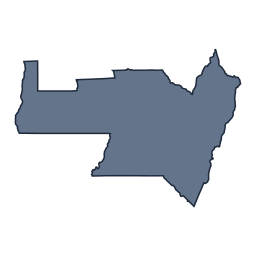 Ariquemes, Rondônia, Brazil (Equal Earth projection)
{"feature_id": "56859067B41513078802850", "entity_name": "Ariquemes", "entity_type": "district", "adm_level": 2, "iso_a3": "BRA", "parent_name": "Brazil", "parent_adm1": "Rondônia", "projection": "equal_earth", "projection_center": [-62.902, -9.979], "detail": "fine", "context": "isolated", "style": "filled", "palette": "slate", "viewbox_px": 256, "rotation_deg": 0, "n_neighbors": 0, "source": "geoboundaries", "source_scale": "gbopen_adm2", "svg_char_len": 5482}
<svg xmlns="http://www.w3.org/2000/svg" viewBox="0 0 256 256"><path d="M240.6,83.8L240.3,82.9L240.0,81.2L239.7,79.9L239.3,79.3L238.9,78.9L238.6,78.2L238.2,77.6L237.2,77.2L235.6,77.5L235.2,77.2L234.9,76.4L234.4,75.9L233.7,76.1L233.1,77.0L232.5,77.1L231.6,76.5L230.8,76.3L230.1,76.1L229.2,76.0L228.1,75.4L227.1,75.5L226.5,74.4L225.9,73.5L224.8,73.0L224.6,71.1L223.7,70.4L223.1,69.3L222.2,68.0L220.9,66.5L219.2,65.4L219.0,64.6L218.9,63.3L218.9,61.4L218.4,58.9L217.8,57.5L217.2,55.5L216.9,54.8L216.5,52.7L215.6,49.6L215.0,49.8L215.2,51.7L214.6,52.7L213.7,53.7L213.5,54.6L213.8,55.6L213.4,56.4L213.0,56.8L212.3,57.1L210.9,57.4L210.3,57.8L210.0,58.8L210.1,60.2L210.4,61.7L210.5,62.9L210.0,63.3L208.5,64.3L208.1,64.9L207.6,66.2L206.7,66.1L206.0,66.0L205.3,66.3L204.8,67.1L204.1,68.1L203.1,70.2L202.2,72.5L201.6,74.7L200.8,75.2L199.8,75.5L198.9,76.0L197.4,77.2L196.9,77.7L196.6,78.5L196.5,79.4L196.0,84.4L195.8,85.4L195.0,87.5L194.5,88.4L194.0,89.1L193.1,90.5L192.9,91.1L192.8,92.1L192.7,93.2L192.3,94.4L191.6,94.2L191.3,93.4L190.3,92.4L189.5,91.8L188.6,91.3L188.0,91.3L187.0,90.8L186.0,89.1L185.3,89.0L182.4,88.2L181.8,87.5L181.5,86.4L180.5,86.0L179.8,85.4L179.1,85.1L177.8,85.1L176.7,84.9L175.2,84.8L174.4,84.6L173.9,83.7L172.6,82.8L171.6,82.9L171.0,83.1L170.4,82.8L170.1,82.1L170.1,81.4L169.8,80.3L169.3,79.5L168.7,79.0L168.4,78.2L168.2,77.3L167.0,75.9L165.9,75.2L164.7,73.3L164.2,72.9L163.4,72.0L163.0,70.8L162.5,70.1L160.9,70.0L159.4,70.2L154.9,70.2L153.7,70.0L151.9,70.1L150.0,70.0L146.7,70.2L144.8,70.2L144.0,70.2L142.7,70.2L140.5,70.3L139.4,70.1L138.6,70.2L136.5,70.2L135.9,70.1L135.1,70.3L133.6,70.3L132.4,70.1L131.5,69.6L130.9,70.0L130.1,69.9L129.5,69.5L128.7,69.3L127.9,68.8L127.2,69.7L126.3,69.6L125.6,70.1L118.9,70.4L118.2,70.2L117.5,70.4L112.8,70.5L113.4,71.0L113.7,71.8L114.0,73.0L114.4,75.2L114.9,77.9L106.0,78.5L101.0,78.8L97.1,78.9L91.2,79.2L88.0,79.3L76.4,79.7L76.5,81.0L77.2,80.8L77.3,82.3L77.3,83.6L77.7,84.7L77.8,85.9L77.8,87.0L77.6,87.8L76.9,88.3L77.1,89.3L76.8,90.7L71.7,91.0L37.7,91.0L37.7,84.4L37.7,78.3L37.7,72.6L37.6,61.0L23.9,61.5L24.1,62.6L24.5,63.7L24.9,64.7L25.2,65.4L25.0,66.1L25.1,67.5L25.5,68.4L25.2,69.4L25.3,70.3L25.0,70.9L24.4,71.8L24.1,72.4L24.3,73.6L24.1,74.8L24.3,75.5L24.1,76.7L23.9,77.8L23.7,78.6L22.7,79.7L22.4,80.4L22.7,81.1L22.4,82.2L22.4,83.5L22.2,84.9L22.0,86.4L22.4,87.3L22.3,88.6L22.3,89.6L22.2,90.7L21.9,92.4L21.5,94.0L21.1,95.1L20.8,95.8L20.8,97.0L21.0,97.9L21.4,98.9L21.9,99.6L22.3,100.5L22.5,101.2L22.6,102.2L22.2,103.2L21.7,104.3L21.2,104.9L20.5,106.2L20.3,107.2L20.0,108.2L19.2,109.1L18.7,109.8L18.5,111.1L18.3,111.9L17.5,112.7L16.9,113.3L16.7,114.2L16.1,114.6L15.6,115.3L15.6,116.1L15.6,117.4L15.5,118.3L15.4,119.2L15.6,120.4L15.4,121.5L15.4,122.8L15.6,123.5L15.7,124.2L16.2,124.9L16.7,125.6L17.1,126.1L17.6,126.4L17.6,127.2L17.3,127.8L17.6,128.7L17.9,129.6L17.9,130.4L18.4,131.1L18.8,132.0L19.2,133.2L37.5,133.4L50.3,133.4L51.4,133.4L64.9,133.4L103.2,133.4L108.6,133.4L110.3,133.7L109.7,135.0L109.7,136.1L110.2,137.0L110.3,138.2L109.7,139.3L108.9,140.4L108.9,141.3L109.0,142.2L108.0,142.9L107.5,144.0L107.4,144.7L107.6,145.4L107.5,146.7L106.8,147.4L106.3,148.1L105.9,148.7L105.5,149.4L105.3,150.3L104.9,151.0L104.4,151.8L104.5,152.9L104.1,153.8L104.3,155.2L104.3,155.9L104.2,156.8L104.2,157.9L103.6,158.7L103.3,159.7L102.9,160.2L102.5,160.9L101.9,161.7L101.3,162.1L100.6,162.5L99.5,162.3L98.8,163.6L99.0,165.0L99.3,167.0L98.4,168.4L97.9,168.7L97.3,168.3L96.9,167.1L96.0,167.2L95.6,168.2L95.3,169.2L94.7,169.7L94.0,170.2L93.3,169.6L92.8,170.0L92.3,171.0L91.8,171.7L92.5,172.7L92.1,173.9L91.5,174.5L92.0,175.2L92.2,176.0L107.4,175.7L131.9,175.7L150.6,175.8L163.4,175.8L164.0,177.8L165.3,179.0L166.2,179.8L168.1,181.8L168.8,182.5L170.2,183.7L170.8,184.5L171.5,185.1L172.0,185.4L172.6,185.5L173.3,185.6L173.8,186.2L174.3,186.6L174.7,187.2L175.0,188.0L175.5,188.5L175.6,189.5L176.1,189.9L176.8,190.5L177.5,191.2L178.1,191.8L179.4,192.6L179.8,193.4L180.1,194.2L180.4,195.5L180.9,196.3L181.6,196.3L183.2,195.8L184.4,196.9L185.2,197.6L186.8,199.3L187.6,200.2L187.5,201.2L188.1,201.4L188.5,200.9L194.0,206.4L194.4,205.5L197.9,196.8L201.3,189.0L203.0,184.9L203.9,182.8L205.1,183.5L206.7,182.7L207.4,182.0L207.8,181.4L208.1,180.4L208.6,179.7L208.7,178.6L208.6,177.4L208.6,176.6L208.5,175.3L208.8,173.1L209.0,171.9L209.2,170.8L209.6,169.4L209.9,168.6L210.0,167.8L210.6,166.6L211.0,165.8L210.8,164.9L210.9,163.7L210.5,162.8L210.0,162.3L209.8,161.1L210.1,160.3L211.3,159.7L212.3,159.3L213.1,158.7L212.9,158.0L212.0,157.8L211.6,157.1L211.8,156.2L212.3,155.7L212.4,154.9L211.9,153.7L211.8,152.5L212.0,151.9L212.2,151.2L212.5,150.4L213.4,149.9L213.9,149.4L214.4,148.1L214.7,147.2L215.4,147.2L216.4,146.7L217.1,146.4L217.7,146.2L218.5,146.7L219.4,146.7L219.8,145.4L220.0,143.9L220.5,142.5L220.3,141.5L220.9,140.9L221.3,139.4L221.4,138.4L221.3,137.5L221.5,136.5L221.8,135.7L222.3,135.0L222.9,134.3L223.4,133.4L224.1,132.7L224.3,131.9L224.3,131.1L224.5,130.2L224.9,128.7L225.0,127.8L225.2,126.7L225.1,125.2L225.4,124.3L226.2,123.2L227.3,122.7L228.1,122.3L228.6,121.5L229.3,120.6L229.9,120.1L230.5,119.3L231.3,118.4L231.9,117.7L232.7,116.4L233.1,115.2L233.2,113.8L233.1,112.5L233.6,111.0L234.7,109.6L234.8,107.7L235.1,107.0L235.5,106.3L235.2,105.0L235.1,103.9L235.2,102.8L234.9,100.5L234.9,99.3L234.5,98.3L234.9,97.0L235.0,96.1L235.0,95.2L235.1,94.1L235.4,93.1L235.5,92.2L235.5,90.9L235.4,90.0L235.7,89.1L236.2,87.9L236.9,87.2L237.6,87.4L238.0,86.4L238.7,85.6L239.4,85.3L239.9,84.3L240.6,83.8Z" fill="#64748b" stroke="#1e293b" stroke-width="1.5"/></svg>